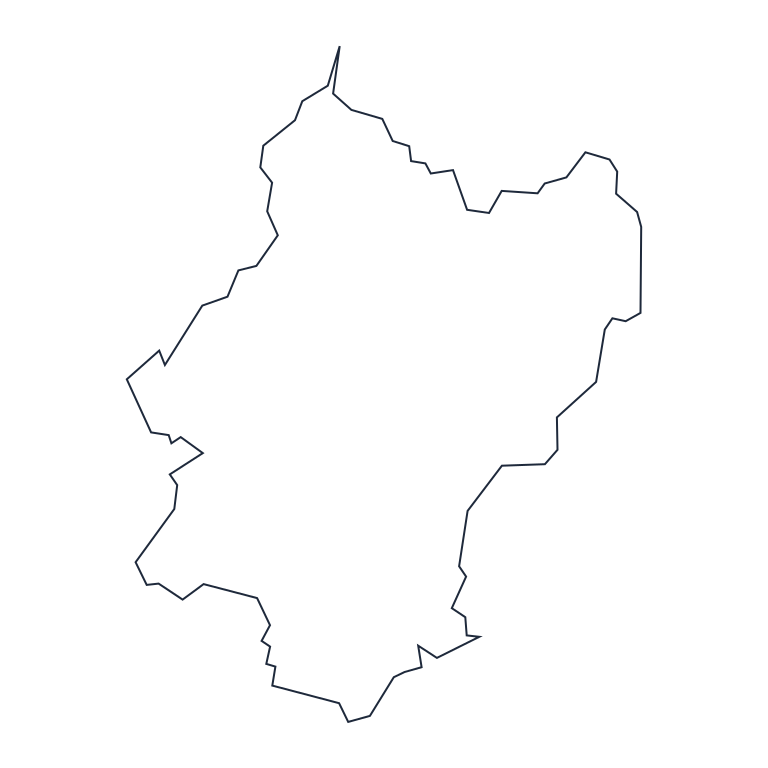 the district of Bosilovo, Bosilovo, North Macedonia
{"feature_id": "65306769B43786994605209", "entity_name": "Bosilovo", "entity_type": "district", "adm_level": 2, "iso_a3": "MKD", "parent_name": "North Macedonia", "parent_adm1": "Bosilovo", "projection": "orthographic", "projection_center": [22.779, 41.481], "detail": "fine", "context": "isolated", "style": "outline", "palette": "slate", "viewbox_px": 768, "rotation_deg": 0, "n_neighbors": 0, "source": "geoboundaries", "source_scale": "gbopen_adm2", "svg_char_len": 1107}
<svg xmlns="http://www.w3.org/2000/svg" viewBox="0 0 768 768"><path d="M339.7,46.1L327.8,85.7L302.3,101.2L295.0,120.2L263.3,145.7L260.3,167.4L272.1,182.7L267.2,211.3L277.8,235.3L256.4,265.9L238.4,270.4L227.5,296.7L202.3,305.6L164.9,365.0L159.2,350.6L126.8,379.3L151.1,432.4L168.7,435.1L171.4,443.3L180.7,437.1L202.8,453.1L169.8,474.4L177.2,485.1L174.3,509.0L135.6,562.2L146.7,584.9L158.6,583.6L182.6,599.6L203.6,584.1L257.1,598.1L270.0,625.2L261.6,640.9L270.1,646.6L266.3,663.9L275.4,666.6L272.3,685.6L339.1,703.2L348.2,721.9L369.9,715.9L393.8,677.2L404.6,672.0L421.6,667.2L418.2,645.7L436.9,657.9L479.3,636.8L466.7,635.4L465.3,617.2L451.8,608.2L466.1,576.6L459.1,566.3L467.6,510.9L501.9,465.7L544.9,464.2L557.5,449.8L556.9,417.4L596.1,381.9L604.8,329.5L612.4,318.3L625.7,321.2L640.5,312.9L641.2,226.9L637.1,212.0L616.1,193.7L617.2,171.6L609.5,159.5L585.4,152.3L566.4,177.4L544.7,183.5L537.6,193.3L501.7,190.9L489.0,213.0L467.1,209.8L453.0,170.1L430.8,173.5L425.4,163.4L411.1,161.1L409.2,146.2L392.7,141.0L382.3,118.9L351.4,109.9L333.1,93.6L339.7,46.1Z" fill="none" stroke="#1e293b" stroke-width="2"/></svg>